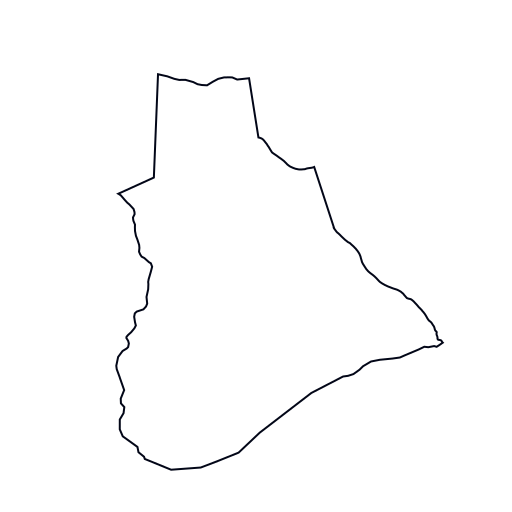 outline of Pierrot, Vieux Fort, Saint Lucia, rotated 349°
{"feature_id": "8701671B71571062507422", "entity_name": "Pierrot", "entity_type": "district", "adm_level": 2, "iso_a3": "LCA", "parent_name": "Saint Lucia", "parent_adm1": "Vieux Fort", "projection": "albers", "projection_center": [-60.942, 13.77], "detail": "fine", "context": "isolated", "style": "outline", "palette": "ink", "viewbox_px": 512, "rotation_deg": 349, "n_neighbors": 0, "source": "geoboundaries", "source_scale": "gbopen_adm2", "svg_char_len": 3594}
<svg xmlns="http://www.w3.org/2000/svg" viewBox="0 0 512 512"><g transform="rotate(349 256 256)"><path d="M194.5,58.9L170.7,159.5L132.7,168.6L133.5,169.3L134.9,170.7L137.8,175.8L139.8,179.1L141.5,181.2L144.8,186.5L145.1,189.7L144.8,191.8L142.6,194.7L142.4,196.8L142.4,198.2L143.2,202.1L142.6,204.7L142.0,208.4L142.0,213.3L142.7,217.2L143.4,222.8L143.1,225.8L142.0,229.5L142.6,232.3L143.6,234.8L146.0,236.7L149.7,241.6L151.4,243.1L152.0,246.7L149.7,251.5L146.2,258.3L145.2,260.9L145.0,263.0L143.8,268.1L140.7,275.3L140.1,282.0L138.4,284.6L135.3,286.9L128.3,287.8L126.1,289.2L124.8,292.4L124.6,297.9L124.8,301.3L122.8,303.8L118.9,307.0L115.4,309.1L113.5,310.6L113.1,311.7L114.3,314.9L114.5,317.6L113.1,321.0L111.5,322.1L106.9,323.8L101.4,328.8L97.9,337.1L97.7,340.5L99.1,349.2L99.1,349.6L100.2,357.0L101.0,362.5L96.0,370.2L95.3,374.9L97.9,379.2L96.0,385.0L91.1,390.5L89.2,400.2L90.8,407.6L103.2,420.8L103.2,426.2L107.8,431.7L108.1,434.0L131.9,449.6L161.4,453.1L179.2,450.0L201.4,445.7L226.0,430.1L284.2,401.0L318.5,390.9L323.5,391.2L329.1,390.5L335.9,387.4L340.1,384.6L348.8,381.5L357.8,381.5L370.3,382.7L377.9,383.1L383.1,381.9L392.2,380.0L397.9,378.8L403.9,377.2L407.7,378.4L413.7,378.4L416.0,379.6L419.0,378.4L422.8,376.7L422.4,376.1L422.2,375.5L421.9,374.7L421.5,374.1L420.6,373.6L419.8,373.3L418.9,373.0L418.5,372.4L418.4,371.7L418.5,371.3L418.6,370.6L418.6,369.5L418.4,368.5L418.3,367.9L418.3,367.0L418.6,366.0L418.8,365.5L418.8,364.9L418.5,364.4L417.8,363.4L417.6,362.7L417.5,361.6L417.5,361.1L417.4,360.1L417.2,359.0L416.9,358.4L416.3,357.0L415.7,355.4L415.3,354.6L414.3,353.3L413.7,352.7L413.2,351.9L412.4,350.1L411.8,348.2L411.2,346.5L410.6,345.0L409.6,343.0L408.9,341.9L408.4,340.8L407.3,339.1L406.7,338.2L406.1,337.4L405.3,335.9L404.5,334.5L404.0,333.7L403.1,332.3L402.2,330.8L401.6,330.0L400.7,328.9L399.8,328.0L398.8,327.5L397.4,326.9L396.1,326.1L395.2,324.6L394.7,323.7L394.1,322.7L393.3,321.1L392.6,320.2L392.2,319.8L391.5,318.8L390.7,318.1L390.1,317.6L389.4,317.0L388.2,316.1L387.0,315.4L385.3,314.5L383.9,313.7L382.5,312.8L381.4,312.1L380.4,311.5L379.2,310.7L377.9,309.7L376.9,309.0L375.9,308.1L374.8,307.2L373.7,306.1L372.8,305.2L372.2,304.4L371.8,303.8L371.0,302.5L370.5,301.7L369.9,300.7L369.4,300.0L368.5,298.7L368.1,298.2L367.3,297.2L366.6,296.4L365.4,295.1L364.7,294.3L363.5,292.8L362.9,291.9L362.3,290.8L361.8,290.0L361.4,289.0L361.0,288.0L360.7,287.3L360.0,285.5L359.7,284.7L359.4,284.0L359.1,282.8L358.9,282.1L358.8,280.6L358.7,279.5L358.6,278.7L358.5,277.2L358.5,276.6L358.3,275.5L358.0,274.0L357.8,273.3L357.6,272.7L357.1,271.5L356.3,269.7L355.9,269.1L355.3,267.8L354.7,267.0L354.1,266.0L353.2,264.7L352.5,263.8L351.6,262.6L350.7,261.3L348.8,259.8L348.0,258.8L347.2,257.9L346.5,257.1L345.7,256.0L344.7,254.6L343.7,253.2L342.4,251.2L341.1,249.4L340.2,248.4L339.5,247.2L338.8,245.7L337.9,243.8L337.5,242.4L337.9,242.9L330.1,179.7L329.2,179.9L327.5,180.0L325.9,179.9L323.9,179.8L322.5,179.8L320.5,180.1L318.9,179.9L316.9,179.7L315.3,179.4L314.0,179.0L312.9,178.5L311.4,177.9L310.6,177.4L309.4,176.7L308.7,176.2L307.7,175.5L306.6,174.7L305.6,173.7L304.2,172.1L303.4,170.8L302.5,169.5L301.5,168.0L300.7,167.1L299.1,165.3L297.5,163.7L295.6,161.6L294.3,160.3L292.7,158.7L291.5,157.4L290.5,154.8L290.1,153.7L289.2,151.2L288.5,149.8L288.1,148.5L286.7,145.8L286.0,144.4L285.4,143.4L284.9,142.7L283.9,141.7L283.1,141.2L281.9,140.5L281.0,140.1L283.1,80.2L271.2,79.2L266.8,76.2L263.9,75.5L258.6,74.6L252.7,74.9L246.9,76.7L240.5,79.1L235.4,77.8L231.4,76.2L227.6,73.3L220.3,69.6L214.2,68.5L209.6,66.5L203.2,62.7L194.5,58.9Z" fill="none" stroke="#020617" stroke-width="2"/></g></svg>